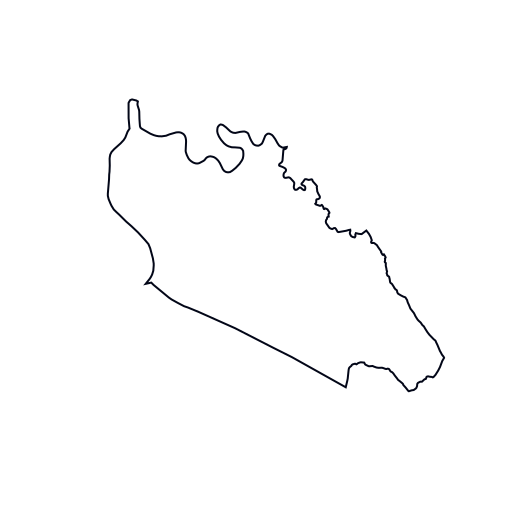 outline of Loc Ha, Ha Tinh, Vietnam, rotated 146°
{"feature_id": "81297802B55071935880129", "entity_name": "Loc Ha", "entity_type": "district", "adm_level": 2, "iso_a3": "VNM", "parent_name": "Vietnam", "parent_adm1": "Ha Tinh", "projection": "equal_earth", "projection_center": [105.835, 18.467], "detail": "fine", "context": "isolated", "style": "outline", "palette": "ink", "viewbox_px": 512, "rotation_deg": 146, "n_neighbors": 0, "source": "geoboundaries", "source_scale": "gbopen_adm2", "svg_char_len": 6097}
<svg xmlns="http://www.w3.org/2000/svg" viewBox="0 0 512 512"><g transform="rotate(146 256 256)"><path d="M169.5,329.2L173.2,330.8L173.7,331.5L174.7,333.5L175.1,334.7L175.1,337.5L174.7,342.1L174.8,345.8L175.1,347.5L175.9,349.0L176.7,350.1L177.6,350.7L178.8,350.9L179.8,350.8L181.1,350.5L186.4,346.9L188.2,345.9L189.7,345.8L190.9,345.8L192.3,346.1L193.5,347.0L194.3,347.8L195.0,348.8L195.5,350.1L195.6,350.7L195.5,353.8L195.1,356.7L194.0,361.9L194.2,362.9L194.9,364.3L195.8,365.5L196.9,366.3L199.8,367.8L204.2,369.5L205.6,370.6L206.4,371.5L207.5,373.4L207.8,374.5L208.9,379.4L210.1,382.9L210.9,384.0L211.9,384.9L213.2,385.0L215.1,384.5L216.3,383.7L217.6,382.2L218.5,380.9L219.3,378.9L219.9,375.7L220.0,371.9L219.7,369.2L219.5,367.4L218.8,365.0L218.2,363.6L217.3,362.1L215.3,359.7L212.4,357.6L208.8,354.7L208.1,353.5L207.8,352.1L207.9,350.3L209.3,347.8L210.6,346.0L212.4,344.2L214.3,343.1L218.1,341.6L223.5,340.4L228.0,340.0L230.6,340.1L232.4,341.0L233.8,342.3L234.3,343.2L234.8,344.4L235.0,346.4L234.0,353.3L234.0,356.2L234.4,358.4L234.8,359.8L235.5,361.3L236.4,362.5L238.0,364.1L239.4,364.8L241.1,365.2L242.2,365.1L243.0,365.0L244.6,364.4L246.2,364.2L249.0,364.5L250.9,364.7L251.9,365.0L253.1,365.6L254.3,366.6L255.4,368.0L256.1,369.2L256.9,371.3L257.3,373.0L257.4,374.7L256.9,378.4L256.1,381.3L255.6,382.4L250.1,389.8L249.1,391.4L248.3,393.2L247.8,395.1L247.8,396.3L247.9,397.5L248.4,398.7L249.1,400.0L250.1,401.2L251.5,402.2L253.1,403.1L259.6,405.2L263.3,406.0L267.0,407.8L269.5,409.5L271.5,411.4L273.1,413.3L275.2,416.5L279.6,425.5L280.0,427.0L279.6,428.5L278.2,431.0L276.0,434.8L272.1,440.9L271.3,442.5L270.0,446.9L269.5,448.0L268.7,449.0L267.5,450.2L268.3,451.9L271.2,455.1L273.1,455.6L275.5,454.5L276.1,454.1L284.6,441.4L289.0,433.5L289.6,432.3L292.9,430.9L298.1,427.3L300.9,426.1L305.2,425.1L313.9,423.9L317.6,423.0L320.1,421.6L321.7,420.0L322.9,418.6L326.7,412.7L330.3,407.8L332.1,405.7L335.0,401.7L344.0,390.5L345.2,388.7L346.4,385.5L347.3,381.0L347.7,378.5L347.9,374.1L347.2,370.6L346.3,366.8L344.4,357.2L342.6,350.4L340.6,341.4L339.1,331.4L338.5,326.0L339.4,321.6L342.8,311.7L345.0,307.0L346.2,305.2L349.4,301.2L352.5,298.7L354.8,297.4L356.9,296.5L363.0,294.6L357.7,292.5L357.1,289.3L351.5,270.3L350.3,267.2L347.1,260.9L343.7,254.6L341.2,251.3L334.9,241.8L313.7,207.8L293.1,170.4L282.8,152.1L255.0,97.0L250.0,101.6L248.5,103.1L243.4,109.2L242.4,110.3L241.6,111.0L240.5,111.4L238.4,111.6L237.7,112.0L237.3,112.1L236.5,112.1L234.3,111.4L233.9,111.1L233.4,110.1L232.8,110.0L231.7,110.1L230.9,110.0L229.0,109.5L227.8,108.7L225.9,107.1L226.1,105.7L226.1,105.0L225.8,104.3L224.4,101.9L223.9,101.3L220.8,99.6L220.4,98.8L218.5,96.2L217.2,95.0L213.9,92.8L213.0,91.7L211.8,90.0L211.1,89.4L209.7,88.9L209.0,88.0L208.9,87.1L209.0,85.7L208.9,84.9L208.1,83.5L207.8,81.8L207.8,79.4L207.5,75.6L207.5,73.9L206.8,71.9L205.9,68.8L205.7,67.8L206.0,66.6L205.5,63.2L205.2,59.1L204.9,58.4L202.1,57.6L200.2,56.7L197.5,56.8L196.8,57.0L195.3,58.0L193.8,59.8L192.8,60.2L192.3,60.2L190.4,60.0L189.8,59.8L188.9,59.1L188.7,59.0L185.8,59.5L184.9,59.5L184.1,59.1L183.5,59.4L182.8,60.0L182.2,60.4L181.6,60.4L180.6,60.0L179.3,58.6L177.8,57.4L177.3,56.5L176.5,56.4L173.6,57.1L172.3,57.7L169.1,59.1L165.5,61.1L160.3,64.8L157.0,66.4L156.9,66.9L156.8,67.7L157.0,70.2L156.7,73.0L156.6,74.6L156.3,75.9L155.3,80.9L154.9,83.8L154.6,85.1L154.7,86.0L155.2,87.5L156.3,93.7L156.5,96.9L156.4,100.7L156.2,103.8L156.7,105.7L156.7,108.7L157.4,111.5L157.6,113.0L157.5,116.8L157.2,118.7L157.0,120.5L157.1,121.8L157.4,125.9L157.3,126.6L156.6,129.8L156.2,132.4L155.7,134.2L155.4,134.8L155.3,138.0L155.6,138.7L156.5,139.8L158.0,142.5L159.2,145.1L159.3,145.6L159.2,146.6L159.1,147.2L158.6,148.1L158.5,149.4L159.1,150.4L159.0,151.7L159.2,152.1L159.0,153.1L158.9,156.6L159.0,157.2L159.4,158.1L159.5,158.6L159.4,159.4L158.0,162.3L157.7,163.3L157.3,164.1L157.3,164.6L157.9,166.0L158.0,166.4L157.9,166.9L157.6,167.3L157.4,168.6L157.0,169.0L155.9,170.0L155.6,171.4L155.2,172.1L154.8,173.0L153.9,175.3L152.5,177.3L152.3,177.9L152.6,178.6L152.5,179.2L151.7,179.9L151.0,180.8L150.5,181.8L150.1,182.0L149.6,182.1L149.4,182.2L149.1,183.3L149.1,184.7L149.0,185.8L149.3,186.0L149.8,185.8L150.1,185.8L150.4,186.5L150.2,189.2L149.7,189.7L149.8,195.3L149.7,197.4L150.7,200.4L151.2,201.1L152.6,201.9L152.9,202.3L153.0,202.7L152.7,203.3L151.2,204.3L150.3,207.7L150.0,211.1L150.3,215.4L156.1,215.1L156.5,215.3L157.4,216.1L158.3,216.8L160.4,219.1L161.7,218.2L162.4,216.9L163.4,216.3L163.8,216.2L165.3,217.8L165.9,219.1L166.0,219.8L165.7,222.0L165.2,222.8L163.7,224.1L163.2,225.1L164.6,225.7L167.1,226.5L174.1,229.6L174.8,230.4L174.6,233.7L174.8,234.9L175.7,235.5L177.7,235.7L178.3,236.3L179.2,237.8L179.4,238.3L179.5,243.6L179.4,244.3L178.9,245.5L177.8,246.6L176.6,247.0L175.4,248.2L174.6,248.3L173.7,248.0L173.2,249.1L172.4,250.2L171.0,250.7L170.8,251.1L170.7,253.5L170.7,254.8L171.5,256.1L172.1,256.8L173.1,256.7L173.4,257.0L173.4,257.5L172.8,259.3L172.8,261.3L173.0,261.6L174.4,261.6L175.0,261.9L177.5,265.2L177.7,265.8L177.6,266.2L177.2,266.2L176.1,266.8L174.9,268.5L174.3,269.0L173.8,269.0L172.6,268.4L171.6,268.3L170.7,268.5L170.0,269.2L169.7,270.3L169.6,272.3L169.1,275.3L167.8,277.7L167.4,278.7L166.6,279.5L166.4,280.1L166.5,281.6L167.1,285.8L167.0,286.8L166.7,287.9L167.2,288.6L168.9,289.2L169.9,289.7L171.4,291.6L172.3,292.2L172.8,292.2L175.7,291.1L177.7,290.6L178.1,290.1L178.1,289.5L177.9,288.9L176.9,287.4L176.7,286.9L176.6,286.1L176.7,285.6L177.4,284.4L178.2,283.6L178.7,283.4L179.4,283.8L179.8,284.5L180.1,285.2L180.8,287.8L181.4,288.3L182.7,288.4L184.2,288.1L185.2,288.2L186.3,288.8L186.6,289.2L186.7,289.7L186.6,291.0L186.4,291.4L186.0,292.2L183.8,294.6L183.3,295.6L183.3,296.8L183.8,300.0L184.0,301.4L184.5,302.4L185.0,303.0L187.6,304.1L188.3,304.7L188.6,305.2L188.7,305.6L188.6,306.5L188.1,307.5L187.5,308.2L186.7,308.9L186.1,309.2L184.3,309.5L183.6,309.9L183.0,310.5L182.8,311.0L182.8,312.1L183.2,313.2L184.2,315.0L186.1,317.6L186.2,318.1L185.8,318.7L185.5,319.0L184.9,319.2L182.2,319.4L181.2,319.9L180.5,320.5L174.0,328.6L173.3,328.7L171.7,328.3L170.7,328.3L170.0,328.7L169.5,329.2Z" fill="none" stroke="#020617" stroke-width="2"/></g></svg>